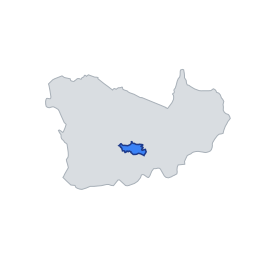 Passoré on a map of Burkina Faso (Natural Earth projection), rotated 203°
{"feature_id": "BFA-2817", "entity_name": "Passoré", "entity_type": "Province", "adm_level": 1, "iso_a3": "BFA", "parent_name": "Burkina Faso", "parent_adm1": "", "projection": "natural_earth1", "projection_center": [-2.128, 12.879], "detail": "fine", "context": "in_parent", "style": "filled", "palette": "blue", "viewbox_px": 256, "rotation_deg": 203, "n_neighbors": 0, "source": "natural_earth", "source_scale": "10m", "svg_char_len": 4375}
<svg xmlns="http://www.w3.org/2000/svg" viewBox="0 0 256 256"><g transform="rotate(203 128 128)"><path d="M184.5,161.5L178.6,161.8L176.4,162.6L175.2,162.6L175.1,161.9L175.0,161.6L167.5,159.5L162.3,158.3L157.0,156.9L156.7,158.2L156.0,159.0L154.8,159.1L154.1,158.9L153.5,159.9L152.7,161.2L151.4,161.8L150.2,162.6L149.6,163.3L149.1,163.3L147.9,161.7L146.3,161.5L143.3,161.8L141.9,161.3L140.1,161.1L135.7,161.4L128.8,160.8L127.6,161.1L127.3,161.4L120.5,161.5L112.9,161.6L106.5,161.7L101.0,161.7L101.0,161.4L99.2,161.4L99.0,162.0L97.4,168.6L97.3,172.2L98.1,174.5L99.0,175.9L100.1,176.5L100.2,177.3L99.3,178.3L99.4,179.4L100.4,180.5L100.6,181.7L100.1,182.9L100.3,185.8L101.0,190.4L101.0,193.4L100.3,194.8L100.7,197.1L102.0,200.4L102.3,201.8L101.8,202.4L100.6,203.3L99.5,203.3L98.2,201.3L97.6,200.4L96.5,198.4L95.6,196.3L94.3,195.4L93.1,194.6L91.6,192.0L90.2,190.8L88.7,191.1L86.5,190.6L82.0,190.0L77.2,190.2L75.2,190.8L73.3,191.7L68.3,193.8L66.3,194.8L64.8,197.4L63.1,197.4L61.4,196.5L60.4,195.4L58.1,195.6L55.9,194.5L53.8,192.2L52.2,191.5L50.2,189.9L49.7,186.8L48.4,184.6L47.3,181.6L45.6,180.2L43.6,179.5L40.8,179.6L39.0,178.4L37.6,176.7L38.0,175.1L38.6,172.9L38.7,170.8L39.1,167.5L38.9,163.2L38.4,160.2L39.9,159.0L41.7,157.9L42.8,155.9L43.9,151.4L44.4,147.5L44.1,146.0L43.5,144.9L43.0,143.2L42.8,141.1L43.1,139.3L44.4,137.7L46.1,136.3L47.3,135.6L50.4,134.9L54.3,133.9L56.6,132.7L58.2,131.5L59.1,130.6L60.1,128.7L61.6,127.2L62.7,125.7L62.9,121.6L62.9,119.2L62.1,117.9L61.6,116.8L67.4,113.6L67.4,111.3L66.6,108.7L65.5,106.7L65.1,104.9L66.7,102.8L68.1,101.3L69.1,99.9L71.4,97.9L73.8,97.4L75.9,98.1L82.2,102.9L83.3,103.2L84.7,102.8L86.3,101.6L88.5,100.6L89.3,97.4L89.2,92.7L89.7,90.5L90.9,90.2L94.5,91.0L95.4,91.1L96.5,90.8L97.3,90.0L97.2,88.5L97.1,87.1L98.3,82.7L100.4,79.5L104.8,75.4L106.2,74.5L107.8,74.1L115.6,76.9L116.9,76.2L118.8,69.3L120.9,68.6L123.5,68.5L125.1,67.9L126.0,67.4L129.7,64.7L136.3,61.1L139.8,59.6L140.5,59.0L143.0,56.4L146.4,53.5L148.5,52.9L151.4,52.7L153.3,53.2L153.8,54.0L154.4,54.4L158.3,53.2L163.8,55.2L168.6,57.1L168.3,58.4L168.3,60.6L167.9,64.0L167.4,68.2L169.4,70.9L171.8,73.8L172.4,74.9L171.8,77.7L172.2,79.4L173.5,82.2L175.6,85.7L177.8,89.3L179.3,89.8L180.8,90.1L181.7,90.8L182.9,91.4L184.2,91.8L185.3,92.6L186.0,93.4L187.0,95.6L189.4,97.1L191.1,98.6L190.5,99.3L188.3,99.0L186.3,98.4L186.0,99.4L186.0,103.5L186.3,107.0L186.8,107.4L188.8,108.1L193.6,112.5L198.0,116.7L199.5,117.8L201.9,118.2L204.6,118.4L205.8,118.0L208.4,115.9L209.8,115.6L211.1,115.7L211.8,116.0L213.1,117.8L214.3,120.4L214.6,122.3L214.5,123.3L214.1,123.7L212.0,124.2L211.0,124.6L210.8,125.2L211.1,126.5L211.6,127.3L213.9,131.1L217.3,136.2L218.4,137.5L217.8,139.0L216.1,143.0L214.8,144.6L209.1,150.2L206.3,149.6L200.4,150.7L199.5,149.4L198.2,149.2L196.5,149.5L195.8,149.9L195.7,150.5L195.1,151.3L194.0,153.5L193.1,154.1L192.1,154.4L190.8,154.4L190.1,154.7L190.1,155.8L189.8,156.7L189.0,157.2L188.6,158.3L188.7,159.3L188.2,159.8L187.1,159.6L186.4,159.3L185.8,160.6L185.0,161.6L184.5,161.5Z" fill="#d9dde1" stroke="#a8b0b8" stroke-width="1"/><path d="M107.3,116.1L106.6,116.0L106.5,115.4L106.7,114.7L107.1,114.1L107.0,113.4L106.5,113.1L106.2,113.0L105.5,113.5L105.2,113.9L104.5,114.5L103.6,115.1L102.9,114.1L102.2,113.5L102.0,113.2L102.0,112.3L102.3,110.6L102.4,110.0L102.5,109.8L102.5,109.2L102.5,108.9L103.0,109.0L104.1,109.1L105.3,109.1L106.1,109.2L106.9,109.1L108.0,108.9L108.6,108.7L109.7,107.3L110.6,106.7L112.8,105.7L113.6,105.9L114.5,106.3L115.2,106.4L115.8,106.7L116.1,107.3L116.4,107.2L117.8,107.3L118.1,107.1L118.3,106.6L118.6,106.2L119.0,106.3L119.4,106.5L120.0,106.3L120.3,105.2L120.6,104.7L121.1,104.3L121.7,104.7L122.1,105.5L123.2,105.3L124.1,104.8L124.2,105.0L125.1,105.9L125.5,106.5L126.0,107.1L126.3,107.3L126.6,107.2L126.8,107.2L126.9,107.4L127.0,107.6L127.4,107.5L127.5,107.5L127.9,108.0L128.3,108.2L129.3,108.2L129.5,108.2L128.9,109.4L128.6,110.5L128.4,110.6L128.2,110.8L127.6,110.6L126.7,110.1L125.8,110.0L124.3,110.7L121.3,111.6L119.5,113.5L119.1,114.5L119.0,115.4L119.3,116.3L119.5,116.7L119.2,116.9L118.8,116.8L118.5,116.2L118.0,115.9L116.9,115.9L116.6,116.1L116.2,116.3L114.8,116.1L114.1,116.1L112.7,116.6L112.0,116.8L111.6,117.2L111.4,117.3L111.1,117.5L111.0,117.4L109.9,117.9L109.5,117.9L108.9,118.2L108.2,118.3L107.9,118.3L107.7,117.8L108.1,117.1L108.6,116.6L108.8,116.2L108.3,116.0L107.3,116.1Z" fill="#3b82f6" stroke="#1e3a8a" stroke-width="1.5"/></g></svg>